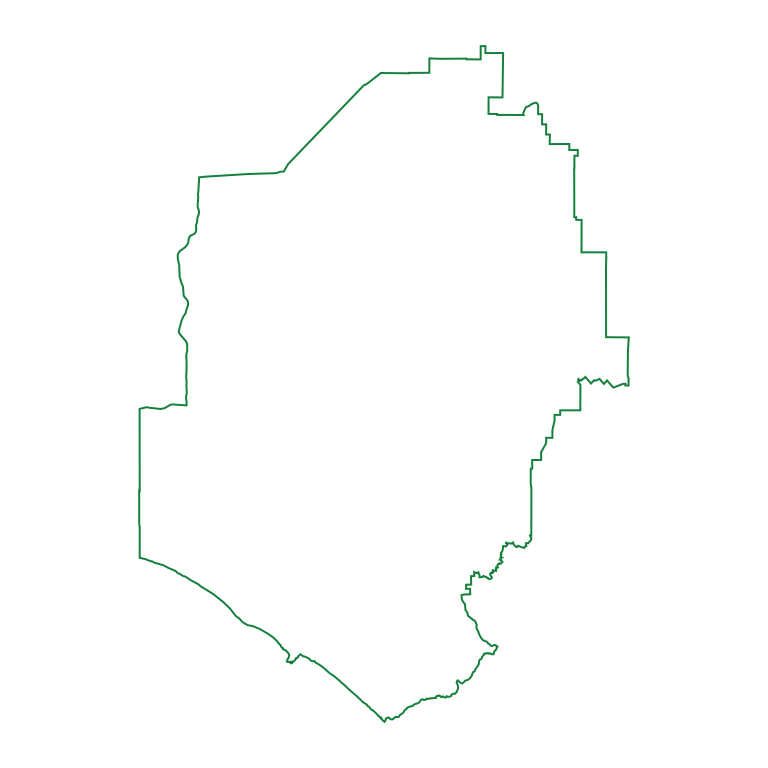 Nannup, Western Australia, Australia
{"feature_id": "25037944B96867361654532", "entity_name": "Nannup", "entity_type": "district", "adm_level": 2, "iso_a3": "AUS", "parent_name": "Australia", "parent_adm1": "Western Australia", "projection": "equal_earth", "projection_center": [115.67, -34.135], "detail": "fine", "context": "isolated", "style": "outline", "palette": "green", "viewbox_px": 768, "rotation_deg": 0, "n_neighbors": 0, "source": "geoboundaries", "source_scale": "gbopen_adm2", "svg_char_len": 6098}
<svg xmlns="http://www.w3.org/2000/svg" viewBox="0 0 768 768"><path d="M139.7,557.9L145.7,559.2L148.8,560.6L152.6,561.6L155.4,563.1L157.6,563.5L163.4,565.3L168.3,567.9L175.4,570.9L178.0,573.3L179.9,573.9L182.8,575.9L185.4,576.6L190.1,579.8L198.4,584.3L200.8,586.4L213.2,594.0L223.9,602.6L230.4,609.0L235.7,615.9L239.3,618.5L242.6,622.2L247.7,625.2L252.5,626.0L259.6,628.9L267.7,633.6L273.4,637.5L278.0,642.2L278.4,643.3L279.4,644.0L279.6,644.6L280.6,645.1L281.6,647.5L282.9,648.2L283.1,649.2L285.9,650.5L288.6,653.5L289.3,655.3L288.5,658.0L287.4,659.4L287.5,660.1L286.9,660.8L286.9,661.3L287.4,661.4L287.6,662.0L289.7,662.1L290.5,661.8L290.6,663.0L291.1,663.4L291.9,663.2L292.5,662.5L292.2,661.9L293.1,661.8L293.2,661.4L294.1,661.0L294.7,660.4L295.1,660.1L295.8,658.5L296.1,658.5L296.5,657.8L297.6,657.8L298.1,656.6L299.1,655.3L300.5,654.3L303.2,656.3L305.0,656.6L309.0,658.5L310.7,660.5L313.1,661.4L314.4,661.0L315.5,662.5L319.9,665.1L324.2,668.3L329.4,673.0L334.4,676.4L338.7,680.0L341.9,683.0L346.0,686.4L346.6,687.2L351.4,691.6L356.9,696.2L363.2,702.4L366.4,704.3L367.0,704.8L367.3,705.7L369.2,707.0L371.5,709.8L372.7,710.2L374.8,712.1L380.5,717.8L380.7,718.0L381.1,717.6L381.4,718.2L381.3,718.9L384.4,721.9L385.2,721.0L385.9,718.7L387.1,717.7L388.8,717.6L390.6,719.2L392.2,719.5L394.0,718.3L395.4,716.9L397.3,717.1L398.7,716.8L399.6,715.4L403.1,712.9L404.6,710.3L406.3,709.2L407.4,707.6L409.6,706.7L411.6,706.3L413.0,705.7L413.7,704.6L418.5,703.0L419.8,701.6L421.0,699.7L422.7,699.4L423.7,699.9L425.6,699.8L426.5,698.7L428.6,699.0L429.6,698.3L432.4,698.3L434.4,697.8L435.5,698.2L436.1,697.9L436.2,696.8L436.8,696.0L438.0,696.0L439.0,695.4L439.9,696.1L440.5,696.1L441.3,697.2L442.5,696.9L443.0,696.4L444.1,697.3L445.8,697.5L446.8,696.2L448.0,696.9L450.7,696.4L451.3,695.8L451.5,694.7L452.2,694.1L453.3,693.7L454.7,693.9L455.7,693.0L456.8,691.8L457.5,689.7L457.9,689.2L458.2,687.2L457.3,684.0L456.6,682.7L457.3,680.6L457.9,680.4L459.3,681.8L461.6,683.3L462.5,683.3L463.5,682.5L465.2,680.6L467.6,680.0L469.4,678.8L471.6,676.0L472.9,672.3L474.6,671.4L475.8,668.6L478.6,664.7L479.4,660.2L479.8,659.6L481.0,659.2L481.7,658.2L482.3,656.5L484.0,654.7L484.2,653.6L485.6,653.7L486.5,653.1L488.1,653.6L488.4,653.3L489.0,653.5L489.7,653.2L491.3,654.2L493.6,654.2L493.6,653.4L494.4,651.3L496.2,649.5L496.5,648.4L497.3,646.9L496.7,646.9L496.4,645.7L494.5,644.9L491.9,646.1L490.3,645.4L489.6,644.2L488.2,643.6L487.3,642.1L484.6,640.7L483.4,640.5L481.7,638.6L479.9,635.9L478.3,632.1L478.3,631.4L477.5,630.4L476.6,628.2L476.4,627.6L476.7,624.7L475.1,621.3L474.6,620.6L473.5,620.2L467.9,615.7L467.5,613.0L466.7,611.6L465.5,610.1L465.0,604.2L462.9,601.5L461.9,599.5L461.5,596.4L461.7,595.0L465.1,594.4L470.2,594.3L470.1,588.8L466.1,588.9L466.1,584.7L471.2,584.6L471.0,576.1L474.2,576.1L474.2,572.0L476.3,573.2L478.4,572.2L478.7,573.6L479.5,575.2L479.6,577.3L482.5,577.0L482.9,576.7L483.1,576.0L483.5,575.9L484.7,576.7L486.3,576.9L486.6,577.4L487.6,578.2L487.9,578.0L489.1,579.2L491.5,578.5L491.9,577.5L490.1,574.5L490.2,573.5L490.8,572.9L492.2,573.1L492.5,572.8L492.2,572.0L492.4,571.7L492.7,571.8L492.7,572.3L493.3,572.3L493.5,571.7L492.8,571.0L492.6,570.6L492.9,570.2L496.0,570.9L496.1,569.9L495.9,568.5L496.2,567.3L497.4,567.8L497.9,567.5L497.4,566.1L497.7,564.4L499.3,563.3L499.9,564.0L500.3,563.9L502.4,562.2L502.3,561.5L500.9,560.7L500.7,559.7L500.1,559.6L501.0,558.9L500.8,558.6L501.1,558.4L501.0,557.9L501.7,557.6L500.9,557.3L500.7,557.8L500.5,557.4L500.6,557.0L501.0,556.7L500.8,555.1L501.3,554.8L501.3,554.1L500.9,553.7L501.2,553.3L501.0,552.8L502.0,551.7L502.8,549.7L503.1,546.1L505.9,546.4L507.4,544.8L506.8,543.5L506.1,543.3L506.3,542.6L508.4,543.3L512.1,543.6L512.6,543.3L512.5,542.7L512.9,542.4L514.0,544.7L516.1,547.0L517.2,546.9L517.9,545.8L524.1,548.0L524.6,547.6L524.9,546.5L526.3,546.1L525.9,543.8L526.2,543.1L528.2,543.3L528.9,542.1L530.7,540.6L531.2,539.3L531.3,538.1L529.9,535.6L530.6,534.7L531.3,535.1L531.4,488.0L530.7,483.5L530.8,468.7L532.2,468.7L532.2,460.0L541.1,460.0L541.1,452.1L546.2,443.2L546.2,437.8L552.4,437.8L552.4,430.3L554.6,420.2L554.6,414.9L560.2,414.9L560.2,410.3L580.3,410.3L580.4,384.8L577.9,381.9L578.8,381.4L578.9,380.6L578.1,379.9L578.5,379.0L579.4,379.9L579.4,380.7L581.1,380.6L581.5,379.6L582.3,379.6L583.3,378.9L585.3,376.9L591.0,383.5L594.1,380.2L595.3,380.8L599.5,378.9L603.9,383.9L607.0,380.4L613.3,387.6L623.2,383.8L625.4,383.8L625.4,385.5L628.5,385.5L628.6,378.0L627.8,376.6L627.7,375.0L627.9,351.9L628.8,337.4L606.1,337.2L606.0,267.7L606.3,257.5L606.2,257.5L606.2,252.3L581.5,252.3L581.6,219.9L576.2,219.9L576.2,217.2L574.3,217.2L574.2,167.9L574.4,167.9L574.4,155.8L577.8,155.8L577.8,150.0L569.3,150.0L569.3,144.0L549.7,144.1L549.9,134.5L546.1,134.5L546.2,124.3L542.1,124.3L542.1,114.2L538.2,114.2L538.1,105.3L537.4,103.6L536.7,102.9L535.3,102.7L533.4,103.3L531.3,104.3L529.2,105.9L526.0,107.2L524.4,110.2L523.7,112.3L523.2,113.3L523.1,114.1L523.6,115.0L497.1,114.9L497.1,114.0L488.5,113.9L488.6,97.3L502.5,97.4L503.1,53.0L485.4,53.1L485.4,46.1L480.7,46.1L480.7,59.4L466.4,59.3L466.4,58.6L440.6,58.8L429.4,58.4L429.3,72.8L409.1,72.9L409.1,73.3L380.9,73.0L366.4,84.3L364.0,85.1L288.1,164.1L283.8,171.5L279.7,171.8L277.0,173.0L274.9,173.2L248.2,174.0L204.8,176.7L199.2,177.3L198.3,192.1L198.0,194.3L198.2,197.6L197.6,205.7L197.8,207.3L199.0,211.2L199.1,212.5L198.8,214.1L197.5,217.6L197.0,222.3L196.1,224.9L196.2,229.9L196.0,231.3L195.2,233.0L194.3,233.9L190.8,235.5L189.8,236.4L188.7,238.7L188.4,241.7L188.1,243.0L186.4,245.9L185.1,247.2L179.8,251.2L178.6,252.8L177.7,255.1L177.9,259.6L179.2,264.8L179.6,276.3L181.3,282.7L183.0,286.6L183.6,295.1L184.3,296.9L187.3,300.1L188.1,302.9L187.9,306.0L186.7,308.7L185.8,312.8L183.5,316.3L181.8,319.9L178.8,330.9L178.9,332.1L179.7,333.9L185.6,340.9L186.5,342.2L187.2,344.5L187.2,350.8L186.5,353.4L186.3,355.5L186.6,364.4L186.5,372.8L186.1,376.4L186.6,381.8L186.4,386.4L186.8,392.8L186.0,397.6L186.6,402.4L186.5,405.4L172.0,404.4L170.4,404.8L164.5,408.2L160.7,409.0L150.6,407.9L146.6,407.2L139.6,408.9L139.7,490.9L139.2,490.6L139.2,524.0L139.7,527.2L139.7,557.9Z" fill="none" stroke="#15803d" stroke-width="2"/></svg>